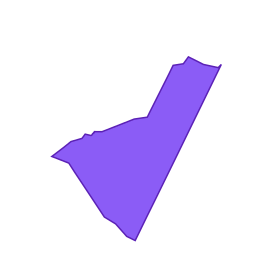 outline of Monongalia, West Virginia, United States of America, rotated 116°
{"feature_id": "52423323B42604268610019", "entity_name": "Monongalia", "entity_type": "district", "adm_level": 2, "iso_a3": "USA", "parent_name": "United States of America", "parent_adm1": "West Virginia", "projection": "equal_earth", "projection_center": [-80.046, 39.578], "detail": "fine", "context": "isolated", "style": "filled", "palette": "violet", "viewbox_px": 256, "rotation_deg": 116, "n_neighbors": 0, "source": "geoboundaries", "source_scale": "gbopen_adm2", "svg_char_len": 664}
<svg xmlns="http://www.w3.org/2000/svg" viewBox="0 0 256 256"><g transform="rotate(116 128 128)"><path d="M187.0,184.0L185.5,165.8L190.9,156.9L200.4,140.7L211.6,121.7L218.4,110.2L219.6,97.1L226.0,81.6L226.0,72.2L212.8,72.2L199.4,72.2L180.6,72.1L133.0,72.0L83.7,72.0L63.6,72.0L63.4,72.0L30.0,72.0L34.2,73.4L37.8,88.0L37.6,104.9L46.0,106.4L51.9,114.9L62.3,114.9L104.5,115.4L109.8,115.4L117.3,126.4L142.7,149.7L146.0,156.6L147.1,156.4L147.3,156.5L147.4,156.9L148.1,156.9L148.7,157.3L149.2,157.2L149.4,157.4L150.1,157.4L150.7,157.7L151.0,158.1L152.3,163.8L157.5,164.8L165.2,173.3L173.9,177.4L187.0,184.0Z" fill="#8b5cf6" stroke="#5b21b6" stroke-width="1.5"/></g></svg>